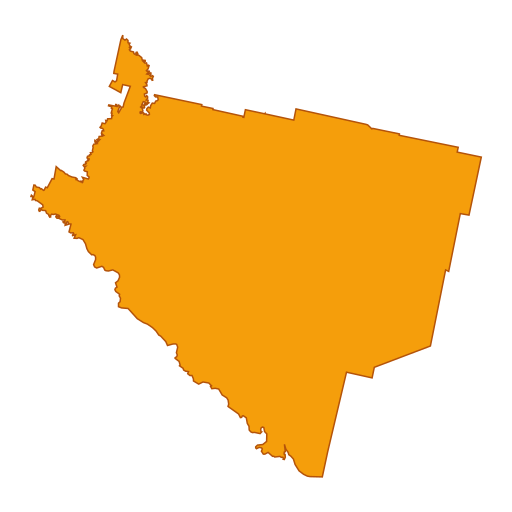 outline of Leales, Tucumán, Argentina
{"feature_id": "61730980B91056584985438", "entity_name": "Leales", "entity_type": "district", "adm_level": 2, "iso_a3": "ARG", "parent_name": "Argentina", "parent_adm1": "Tucumán", "projection": "mercator", "projection_center": [-65.262, -27.202], "detail": "fine", "context": "isolated", "style": "filled", "palette": "amber", "viewbox_px": 512, "rotation_deg": 0, "n_neighbors": 0, "source": "geoboundaries", "source_scale": "gbopen_adm2", "svg_char_len": 5882}
<svg xmlns="http://www.w3.org/2000/svg" viewBox="0 0 512 512"><path d="M469.0,215.1L481.3,157.1L457.2,152.1L458.2,147.3L399.2,135.3L399.4,133.9L372.7,128.4L371.9,128.9L367.7,124.9L365.8,124.3L296.0,108.9L293.8,120.1L265.2,113.9L265.1,113.3L264.7,113.8L245.4,109.7L243.8,117.4L242.9,117.2L243.1,116.3L212.9,109.6L213.0,108.5L201.5,106.1L201.8,104.6L154.6,94.7L154.3,95.6L155.5,96.9L157.7,97.0L158.2,99.6L157.5,100.6L155.7,101.1L154.6,103.4L152.3,103.1L150.7,105.5L150.3,107.9L148.3,107.1L146.8,108.8L146.6,110.1L149.3,113.0L149.4,114.5L147.8,115.2L146.0,114.6L146.0,113.9L143.9,114.4L144.1,113.4L143.3,112.7L140.6,113.5L140.0,112.9L140.3,111.8L142.3,111.9L142.9,110.9L142.3,108.4L140.6,107.0L141.5,106.1L142.7,107.9L144.2,108.0L144.6,107.4L144.3,106.3L145.2,105.1L144.8,103.6L143.6,105.4L141.9,104.6L143.3,101.6L145.0,102.0L145.0,103.1L146.5,104.8L147.2,104.3L146.7,103.1L148.1,103.4L148.9,102.8L147.7,102.2L148.1,100.3L146.2,100.0L147.6,98.3L147.6,96.7L146.7,95.6L145.7,96.9L144.7,96.2L144.4,94.0L147.1,92.9L147.2,91.7L145.5,88.6L143.5,87.4L143.4,86.8L147.0,85.8L146.8,84.4L145.6,82.6L147.0,82.5L147.1,80.9L148.2,78.8L149.9,78.3L151.5,79.1L152.1,80.3L152.7,80.2L152.4,78.6L153.3,76.3L152.3,75.6L150.9,76.4L149.8,75.5L151.0,74.2L150.8,72.9L149.9,73.0L148.3,74.3L146.8,74.0L149.3,71.5L149.0,71.0L147.2,71.4L146.4,70.7L148.1,68.8L149.1,65.6L148.4,65.2L147.3,66.0L146.5,62.9L144.9,63.1L143.3,61.5L145.2,61.3L145.2,60.4L142.2,60.0L141.7,57.6L138.6,55.1L136.7,55.1L137.8,53.6L137.0,52.1L136.1,52.4L135.8,54.1L134.7,54.2L133.9,53.5L133.5,51.9L130.4,51.1L129.4,49.8L130.5,48.9L129.4,47.3L130.1,46.9L131.0,47.7L131.4,46.9L129.9,45.9L129.1,44.1L129.9,43.2L128.0,42.7L128.0,40.4L126.5,39.0L125.0,40.1L122.8,38.6L122.8,35.1L120.9,39.6L114.0,71.4L113.8,73.4L117.7,74.1L116.6,80.7L115.0,81.9L112.5,80.5L109.3,86.4L120.8,92.7L122.7,84.6L130.3,86.3L124.0,103.1L123.1,107.0L121.9,107.1L118.7,112.8L117.8,111.6L119.0,108.0L120.5,106.6L120.0,105.9L118.9,105.9L118.7,105.1L117.1,106.6L116.5,106.4L116.7,104.6L115.7,104.5L115.5,106.2L108.8,104.9L108.5,105.8L111.8,106.9L111.4,108.4L112.4,108.8L111.2,113.0L112.0,113.2L111.6,115.5L112.6,115.7L111.8,116.7L111.6,118.6L107.6,118.8L107.2,120.7L105.7,120.4L106.1,122.2L105.0,123.7L102.2,123.0L101.1,126.2L100.0,127.3L100.6,128.0L102.6,128.4L103.4,129.5L103.7,130.8L102.2,130.7L101.4,133.2L101.9,135.2L102.6,135.3L102.8,134.5L103.6,135.3L102.8,135.3L102.7,136.1L99.1,136.5L98.8,138.5L97.0,139.5L97.9,140.0L99.6,139.8L98.3,141.3L97.4,140.9L97.5,142.3L96.5,142.4L96.6,141.7L96.1,142.0L96.0,141.1L94.9,140.4L94.9,142.0L97.0,143.6L93.8,144.2L92.8,146.0L93.1,147.6L92.4,150.6L92.9,151.8L92.4,152.4L90.4,152.7L91.0,154.4L89.5,154.9L89.6,155.7L87.5,156.3L87.0,157.9L87.8,158.3L87.8,159.0L89.1,158.9L89.1,159.4L88.3,160.7L87.3,160.6L86.7,161.7L85.6,161.9L85.5,163.0L86.2,163.4L85.7,164.1L83.8,164.5L83.2,165.5L84.0,166.4L85.6,166.3L84.5,167.2L84.8,168.2L83.9,170.2L84.6,171.0L87.3,171.8L87.2,175.5L89.0,176.9L89.0,177.9L88.3,179.0L82.4,177.3L83.7,179.6L82.5,181.2L82.9,181.9L82.2,182.6L81.0,181.1L80.6,181.8L78.2,180.8L77.1,179.7L76.1,179.7L75.9,179.1L76.8,178.6L75.7,177.7L72.0,177.0L68.4,175.5L67.3,174.3L65.4,173.9L63.9,172.1L61.3,170.4L60.7,170.6L56.2,166.6L54.0,179.0L52.1,178.6L47.3,187.7L45.6,187.1L44.1,190.2L43.5,190.4L41.5,188.7L40.6,189.0L39.4,187.6L36.3,187.0L35.2,185.2L33.9,185.0L32.8,190.0L35.1,191.6L34.2,195.3L33.6,197.2L32.3,196.0L31.4,195.2L30.7,197.2L31.4,196.0L32.3,196.0L32.8,197.6L32.2,199.8L35.0,199.3L35.5,200.5L37.1,200.7L42.7,204.8L43.1,207.1L40.7,208.4L39.3,208.2L38.7,210.0L39.3,211.3L40.2,211.0L41.1,209.3L42.3,210.3L45.6,210.6L46.5,213.1L48.8,214.6L48.8,215.6L49.8,217.2L50.7,216.9L50.4,215.6L51.8,214.1L53.2,214.5L55.4,214.0L59.0,215.3L59.7,216.5L59.2,217.4L58.2,216.2L57.0,216.6L56.3,215.7L55.8,216.8L56.9,218.2L58.8,218.3L62.3,220.0L65.0,219.9L64.8,221.4L63.0,221.9L63.5,222.7L65.3,223.2L65.1,225.3L66.4,224.7L66.2,222.9L67.2,221.6L68.0,222.0L68.4,223.3L67.5,224.6L69.7,223.9L71.0,224.1L69.0,231.9L70.7,232.9L73.3,232.8L73.7,233.7L72.5,235.0L72.6,235.6L75.6,234.8L74.1,238.2L77.0,238.4L78.9,237.7L83.0,239.6L85.5,243.8L86.9,248.7L88.4,251.6L91.7,254.8L93.1,254.6L94.9,255.6L95.6,257.2L95.6,259.6L93.6,264.6L94.6,266.9L96.7,268.0L101.9,266.3L103.6,267.4L104.8,270.1L105.9,270.7L108.4,271.0L112.8,269.9L118.1,272.8L119.4,274.7L119.6,277.2L118.0,280.8L115.5,282.8L117.0,287.1L115.4,288.2L114.9,289.7L115.8,291.5L119.6,294.3L119.2,295.9L120.5,298.2L120.1,301.7L118.5,303.2L118.5,306.7L121.5,307.9L128.1,308.5L137.3,318.7L143.5,322.6L147.4,324.1L152.5,327.6L156.1,331.1L158.8,335.1L160.6,336.0L165.8,341.6L167.5,345.5L172.9,344.0L175.5,343.9L176.7,344.4L177.7,347.2L176.4,352.7L177.3,355.0L176.7,356.7L175.1,357.7L175.1,358.4L179.1,361.4L180.1,365.1L179.5,365.8L183.1,368.3L183.6,370.0L185.6,371.2L188.5,371.6L187.7,373.7L189.9,375.5L192.0,375.5L193.4,378.8L193.5,381.0L198.7,384.1L203.0,382.0L208.8,383.0L211.5,385.8L210.5,386.3L211.8,388.7L215.2,388.3L218.7,389.0L222.2,395.0L226.7,397.8L228.1,400.1L228.7,404.1L228.0,406.4L228.6,406.9L238.6,414.0L240.4,417.6L241.6,417.4L242.3,416.0L243.2,415.7L246.3,417.8L247.3,423.4L249.0,426.3L249.2,430.0L250.7,431.8L252.4,432.6L254.5,432.4L260.1,433.6L261.5,432.1L261.1,432.1L260.7,429.3L261.1,428.0L262.4,427.0L263.8,427.5L264.6,431.6L266.8,433.9L266.6,441.4L262.8,444.5L257.5,445.1L255.7,446.8L255.7,447.9L256.5,448.7L259.2,447.4L261.6,447.9L262.3,449.0L261.4,451.2L263.3,454.1L264.9,454.1L268.1,452.4L272.5,456.3L273.9,456.3L274.7,457.0L279.9,456.4L281.2,457.3L282.9,457.3L283.4,458.3L283.1,459.2L284.3,459.5L285.3,457.2L285.1,454.5L284.4,454.6L284.1,453.9L284.3,452.0L285.3,451.7L284.4,444.3L285.9,449.2L288.2,452.5L288.8,454.7L290.8,456.1L293.4,459.0L295.1,464.5L299.1,470.9L303.6,474.3L307.3,476.1L310.0,476.6L322.3,476.9L327.7,451.7L346.5,372.2L372.1,377.9L374.3,367.3L430.4,346.0L445.6,269.9L448.7,271.4L460.3,213.6L469.0,215.1Z" fill="#f59e0b" stroke="#b45309" stroke-width="1.5"/></svg>